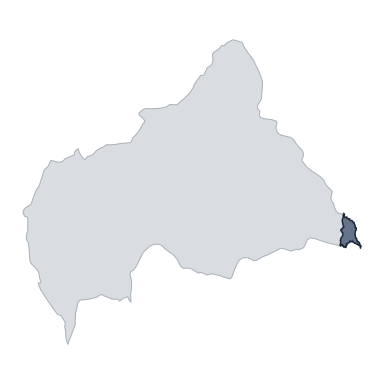 location of Bambouti, Haut-Mbomou, Central African Republic
{"feature_id": "33826404B2470815195032", "entity_name": "Bambouti", "entity_type": "district", "adm_level": 2, "iso_a3": "CAF", "parent_name": "Central African Republic", "parent_adm1": "Haut-Mbomou", "projection": "equal_earth", "projection_center": [26.948, 5.504], "detail": "fine", "context": "in_parent", "style": "filled", "palette": "slate", "viewbox_px": 384, "rotation_deg": 0, "n_neighbors": 0, "source": "geoboundaries", "source_scale": "gbopen_adm2", "svg_char_len": 7670}
<svg xmlns="http://www.w3.org/2000/svg" viewBox="0 0 384 384"><path d="M272.6,119.9L276.3,121.2L277.0,122.8L275.9,127.9L276.7,131.1L278.8,133.8L281.0,135.0L283.1,135.6L290.3,137.3L293.3,139.2L297.3,145.2L302.3,150.7L303.5,153.6L303.3,156.2L301.8,159.4L302.0,160.7L304.3,163.9L306.9,167.2L311.7,170.9L320.1,176.6L323.9,180.4L325.2,183.3L327.3,186.5L330.3,189.3L332.3,191.6L330.9,197.9L331.4,199.9L332.1,201.7L333.8,204.2L334.5,207.4L336.3,211.3L338.3,213.1L341.8,213.8L343.6,215.6L347.4,218.8L351.0,221.5L352.6,223.4L353.6,225.1L354.4,227.1L354.8,229.0L354.9,233.3L355.5,238.6L357.5,242.2L359.3,244.9L351.8,241.8L350.7,241.7L349.4,242.2L345.5,246.0L344.2,246.5L339.3,245.7L327.4,242.7L318.2,239.8L315.5,238.8L310.6,237.8L307.4,239.7L304.3,246.5L303.4,247.8L298.7,249.8L296.4,249.3L290.9,251.1L282.4,248.3L279.3,248.9L276.9,250.3L270.8,253.4L267.1,255.1L262.8,256.7L258.6,259.1L255.9,260.5L253.2,260.4L250.7,259.1L248.1,257.9L244.9,257.6L241.5,258.3L238.7,261.0L237.6,262.9L235.1,268.1L232.2,276.4L231.1,278.1L230.0,278.9L216.7,274.8L210.9,273.8L207.1,275.1L202.2,272.8L200.1,272.3L199.1,273.1L196.4,272.0L192.0,269.2L187.8,268.0L184.0,268.4L181.7,267.5L179.8,264.7L177.4,259.6L173.1,254.6L167.3,250.6L163.7,247.6L162.2,245.6L159.1,244.4L154.3,244.2L149.7,246.2L143.1,252.5L136.9,265.3L133.4,270.3L130.7,271.5L130.0,274.6L131.3,279.6L131.7,285.2L130.7,294.9L131.0,301.9L129.5,300.8L128.1,297.5L127.5,296.8L123.4,298.3L121.3,299.6L120.2,300.9L119.3,301.1L118.0,299.3L117.0,299.0L115.4,299.3L113.8,299.3L112.7,299.1L112.0,299.2L110.1,298.2L103.2,295.5L102.0,294.6L100.6,294.7L96.9,297.0L95.0,297.7L89.2,299.1L83.1,299.9L80.7,299.9L79.1,300.9L78.0,302.4L76.1,311.3L75.5,312.8L75.6,315.1L75.1,322.2L75.3,324.5L67.8,344.2L66.6,340.9L65.9,337.0L65.6,332.6L65.7,331.5L65.3,330.2L64.7,326.6L65.3,324.3L64.8,321.8L63.4,319.4L62.1,317.6L61.3,316.0L60.7,315.3L59.2,315.0L57.3,314.2L49.1,302.6L40.6,289.7L38.9,285.5L38.2,283.1L40.3,282.8L40.9,282.3L40.9,281.2L39.6,277.9L39.0,273.7L38.0,271.1L34.7,267.1L31.5,264.1L30.5,262.6L29.9,260.4L28.8,246.4L28.2,242.4L27.2,240.7L26.5,239.9L26.3,238.9L26.4,236.4L26.8,234.2L26.8,233.3L27.7,231.4L27.8,218.5L26.8,216.7L24.9,216.6L23.9,214.8L23.0,212.4L23.3,210.7L25.2,208.1L26.4,207.1L30.1,205.0L31.1,204.0L31.7,202.7L32.2,201.0L34.4,194.3L37.5,187.7L38.9,186.4L42.2,176.6L42.9,174.1L43.5,171.7L44.5,169.7L48.0,166.4L50.7,160.6L53.5,160.9L56.4,161.8L60.1,162.3L63.0,161.2L64.9,158.9L74.0,155.0L74.7,151.9L76.1,150.3L77.8,148.9L78.3,148.7L78.5,149.7L79.4,152.9L81.5,156.1L84.4,159.6L85.3,159.4L87.2,156.8L91.9,155.1L93.1,154.4L96.5,150.5L100.5,148.0L102.9,147.1L106.9,144.6L109.8,144.9L114.5,144.5L122.2,143.3L127.8,142.9L130.6,142.4L131.3,141.9L132.5,138.1L133.3,137.1L135.4,135.5L139.6,129.9L142.3,125.1L143.1,123.4L143.7,123.1L144.9,121.1L143.7,119.1L139.2,114.9L139.2,114.3L139.0,113.6L139.2,113.0L141.0,111.3L143.4,109.3L145.9,108.6L152.5,108.8L158.1,108.4L159.4,108.4L163.8,107.5L166.8,106.6L169.9,104.5L176.9,104.8L182.7,99.6L184.4,98.7L185.1,97.9L185.3,97.1L188.0,95.1L191.1,90.8L193.5,87.0L194.2,84.4L200.8,75.3L203.1,75.5L204.3,74.4L206.9,68.3L207.7,67.2L210.4,66.1L211.7,64.3L212.8,61.7L212.9,58.4L212.4,55.7L212.4,54.5L213.0,53.3L214.1,52.1L219.1,48.8L220.3,47.3L221.1,45.9L222.5,45.6L224.0,45.7L225.0,44.9L226.1,43.4L229.6,41.4L232.8,39.8L236.1,40.5L242.2,42.5L244.0,46.8L244.8,48.3L252.3,58.5L253.8,60.9L257.4,68.4L259.7,73.4L262.3,80.6L262.5,84.5L262.2,87.8L261.6,97.3L260.9,100.1L257.6,105.2L257.5,107.5L258.1,109.4L259.1,110.2L259.8,111.2L259.4,115.6L260.5,117.3L263.0,118.5L269.3,119.3L272.6,119.9Z" fill="#d9dde1" stroke="#a8b0b8" stroke-width="1"/><path d="M340.4,245.7L340.5,245.6L340.6,245.3L340.5,245.2L340.7,245.3L340.8,245.5L340.9,245.4L341.0,245.4L341.2,245.2L341.3,245.1L341.2,245.1L341.3,245.0L341.2,245.0L341.3,245.0L341.3,244.9L341.5,245.1L341.5,245.3L341.5,245.1L341.6,244.9L341.6,245.0L341.8,245.1L341.7,245.2L341.8,245.2L342.1,245.0L342.3,245.0L342.3,244.9L342.3,245.0L342.5,245.1L342.5,244.9L342.6,245.0L342.8,245.0L342.8,244.9L342.9,245.1L342.8,245.5L343.0,245.6L343.3,245.7L343.3,245.8L343.1,246.0L343.3,246.1L343.3,246.3L343.4,246.5L343.6,246.5L343.8,246.7L343.7,246.8L343.7,247.0L343.9,247.0L344.0,246.9L344.1,247.0L344.3,246.8L344.2,246.6L344.3,246.6L344.5,246.7L344.8,246.7L344.7,246.8L344.8,246.8L344.9,247.0L345.0,247.2L345.1,247.3L345.2,247.2L345.2,247.3L345.2,247.2L345.3,247.4L345.5,247.4L345.4,247.2L345.5,247.2L345.8,247.1L345.7,246.9L345.8,246.8L345.7,246.7L345.8,246.5L345.9,246.4L345.9,246.2L345.9,245.9L346.0,245.9L346.2,246.1L346.3,246.1L346.4,245.9L346.5,245.8L346.4,245.7L346.5,245.6L346.4,245.4L346.5,245.4L346.6,245.1L346.7,244.9L346.8,244.7L346.7,244.5L346.8,244.5L346.9,244.3L346.9,244.2L347.0,244.3L347.1,244.1L347.0,243.8L347.1,243.7L347.3,243.7L347.5,243.5L347.6,243.4L347.9,243.4L348.0,243.1L348.3,242.9L348.5,242.8L348.6,242.7L348.8,242.7L349.0,242.5L349.2,242.4L349.2,242.5L349.3,242.5L349.4,242.4L349.4,242.2L349.6,242.1L349.9,242.0L349.9,241.9L350.0,242.0L350.1,241.9L350.1,242.0L350.1,241.9L350.2,241.7L350.3,241.8L350.5,241.7L350.8,241.5L351.0,241.5L351.0,241.4L351.4,241.5L351.4,241.4L351.5,241.4L351.8,241.5L351.9,241.4L351.9,241.5L352.0,241.5L352.2,241.4L352.3,241.4L352.4,241.5L352.5,241.6L352.8,241.6L352.8,241.8L353.2,241.9L353.2,242.0L353.4,242.0L353.5,242.1L353.7,242.3L354.0,242.6L354.1,242.8L354.3,242.8L354.4,243.0L354.6,243.1L354.8,243.3L355.1,243.4L355.3,243.4L355.7,243.4L355.7,243.5L355.8,243.6L356.1,243.7L356.1,243.8L356.3,243.9L356.8,244.1L357.1,244.1L357.4,244.3L357.5,244.5L358.0,244.7L358.2,244.9L358.5,244.9L358.6,245.2L358.8,245.2L359.0,245.4L359.3,245.4L359.5,245.7L359.9,245.7L360.3,246.1L360.3,246.3L360.5,246.6L360.3,247.2L360.3,247.4L360.3,247.7L360.4,247.9L360.5,248.0L360.6,247.9L360.6,247.3L360.7,247.0L360.8,246.9L361.0,245.7L360.9,245.6L360.5,245.5L360.3,245.4L360.2,245.2L359.8,244.7L359.7,244.3L359.7,243.9L359.8,243.6L359.7,243.4L359.6,243.5L359.2,242.9L359.3,242.7L359.2,242.6L358.9,242.3L358.6,242.5L358.5,242.4L358.2,242.2L358.3,241.9L358.3,241.7L358.2,241.6L358.1,241.9L357.9,241.9L357.8,241.6L357.5,241.3L357.4,241.4L357.1,241.1L357.1,240.6L357.0,240.4L356.8,240.2L356.8,239.8L356.8,239.7L356.7,239.5L356.7,238.9L356.5,238.6L356.2,238.7L356.0,238.4L355.8,237.9L355.9,237.7L355.5,237.4L355.3,237.0L355.3,236.8L355.4,236.4L355.3,236.0L355.3,235.5L355.0,234.8L355.0,234.6L355.2,234.3L355.1,234.2L354.9,233.7L355.2,232.6L355.2,232.2L355.3,231.9L355.6,230.7L356.3,229.8L356.3,229.7L356.1,228.9L356.3,227.9L356.2,227.7L355.6,227.5L355.2,227.7L355.0,226.9L355.2,225.9L355.1,225.7L354.9,225.6L354.8,225.3L354.6,224.9L354.7,224.3L354.5,224.1L354.4,223.9L354.1,223.5L354.0,223.1L354.1,222.7L353.6,222.6L353.2,222.6L353.0,222.3L352.9,222.0L353.0,221.7L352.8,221.4L352.5,221.4L352.4,221.1L352.2,221.0L352.1,220.9L352.0,220.7L351.8,220.5L351.6,220.4L350.8,220.7L350.6,220.7L350.2,220.4L350.0,220.1L349.7,219.9L349.8,219.5L349.7,219.3L349.7,219.0L349.1,219.2L349.0,218.8L348.8,218.6L348.5,218.5L348.2,218.7L347.4,218.4L347.2,218.5L346.7,217.0L346.1,217.4L345.3,217.5L344.9,217.4L344.7,217.2L344.5,217.3L344.4,217.2L344.4,216.5L344.3,216.1L344.3,215.9L344.2,215.8L344.5,214.4L344.3,214.1L343.7,214.9L343.5,214.4L343.2,215.7L343.1,216.4L343.2,217.1L343.2,217.9L342.4,219.4L342.2,220.7L342.5,222.1L342.7,223.4L343.1,225.1L343.3,225.8L343.7,226.1L343.9,226.5L343.9,227.0L343.6,227.5L343.3,227.7L342.9,227.6L342.7,228.0L342.4,228.1L342.1,228.4L342.0,229.1L341.9,229.0L341.0,229.7L340.8,230.2L340.9,230.7L341.6,231.4L341.7,231.8L342.0,232.3L342.7,232.9L343.0,233.6L342.5,236.1L340.9,238.3L340.7,238.9L340.6,239.8L340.3,240.3L340.7,241.1L340.7,241.7L340.5,242.7L340.5,243.7L340.1,244.6L340.4,245.7Z" fill="#64748b" stroke="#1e293b" stroke-width="1.5"/></svg>